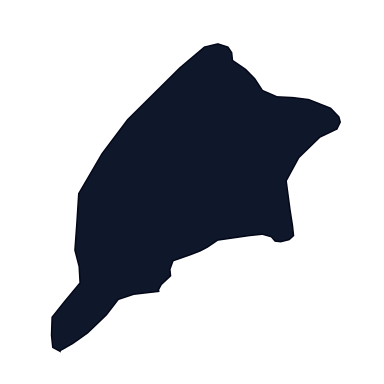 SVG path tracing the border of Češinovo-Obleševo, rotated 84°
{"feature_id": "MKD-2925", "entity_name": "Češinovo-Obleševo", "entity_type": "Statistical Region", "adm_level": 1, "iso_a3": "MKD", "parent_name": "North Macedonia", "parent_adm1": "", "projection": "albers", "projection_center": [22.298, 41.869], "detail": "fine", "context": "isolated", "style": "filled", "palette": "ink", "viewbox_px": 384, "rotation_deg": 84, "n_neighbors": 0, "source": "natural_earth", "source_scale": "10m", "svg_char_len": 853}
<svg xmlns="http://www.w3.org/2000/svg" viewBox="0 0 384 384"><g transform="rotate(84 192 192)"><path d="M138.0,37.3L144.6,41.4L144.9,42.6L150.8,59.2L168.9,82.2L190.7,97.2L220.1,96.4L236.0,95.6L246.0,95.6L249.5,100.4L250.7,109.0L249.5,114.5L244.8,117.7L241.3,126.4L241.3,139.8L242.5,171.5L248.4,182.5L251.3,189.7L253.7,198.4L258.4,218.1L266.6,222.1L273.1,222.1L280.8,232.3L285.5,235.5L287.3,235.5L287.6,260.8L291.1,276.6L305.3,290.1L321.2,310.6L330.1,326.4L336.0,339.9L336.6,339.9L332.0,346.7L319.9,346.7L301.9,344.2L288.1,330.6L270.7,312.8L254.4,312.0L237.6,314.5L210.7,309.7L181.8,304.8L144.5,277.4L113.3,248.4L99.2,230.8L67.3,191.1L49.2,164.5L47.4,150.8L51.7,141.1L57.6,138.0L65.4,138.0L75.7,125.9L85.9,117.8L98.4,111.4L106.2,97.7L108.7,81.6L112.3,66.3L123.2,45.4L132.7,38.1L138.0,37.3Z" fill="#0f172a" stroke="#020617" stroke-width="1.5"/></g></svg>